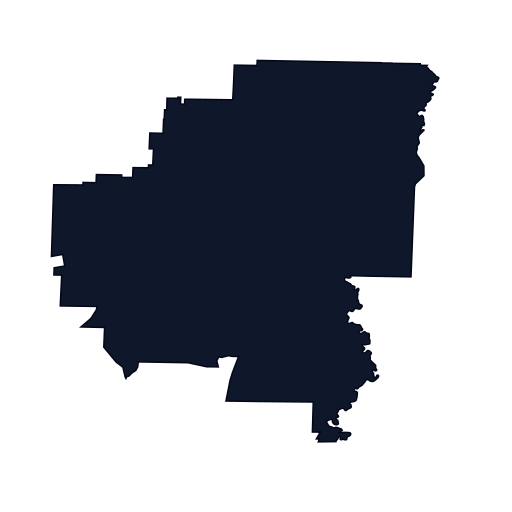 Leeton, New South Wales, Australia, rotated 263°
{"feature_id": "25037944B57687505469181", "entity_name": "Leeton", "entity_type": "district", "adm_level": 2, "iso_a3": "AUS", "parent_name": "Australia", "parent_adm1": "New South Wales", "projection": "equal_earth", "projection_center": [146.159, -34.53], "detail": "fine", "context": "isolated", "style": "filled", "palette": "ink", "viewbox_px": 512, "rotation_deg": 263, "n_neighbors": 0, "source": "geoboundaries", "source_scale": "gbopen_adm2", "svg_char_len": 6033}
<svg xmlns="http://www.w3.org/2000/svg" viewBox="0 0 512 512"><g transform="rotate(263 256 256)"><path d="M67.1,293.6L66.7,296.3L63.9,295.2L63.9,295.4L62.0,312.8L62.8,313.0L64.6,315.0L66.3,315.8L66.5,316.6L66.3,317.0L65.7,317.5L65.3,317.6L64.0,317.2L63.4,317.6L63.2,318.2L63.5,320.2L62.9,321.3L62.6,322.5L62.6,323.1L62.9,323.6L63.3,323.9L64.4,324.0L65.1,324.3L65.5,325.1L65.9,326.8L66.8,327.9L67.8,328.4L68.4,328.3L68.8,328.0L69.1,327.7L69.4,327.0L70.1,322.9L70.3,320.3L70.0,318.4L70.2,317.4L70.6,317.0L71.1,317.2L71.5,318.1L72.0,319.8L72.3,320.2L72.7,320.3L73.6,319.8L74.0,319.4L76.0,315.3L76.2,314.6L75.9,312.8L76.0,311.8L77.1,310.3L78.0,308.0L79.1,307.2L80.5,306.7L81.8,306.0L82.7,305.9L83.3,306.3L83.9,306.9L84.5,309.1L84.7,310.3L84.4,311.3L83.9,311.7L81.9,311.7L81.2,311.9L79.5,313.1L79.1,313.8L78.7,315.2L78.7,315.9L78.9,316.8L79.4,317.2L80.1,317.4L82.8,317.1L83.2,316.9L84.0,315.7L85.0,315.5L85.3,315.6L85.5,316.0L86.1,317.6L86.4,318.2L86.8,318.4L87.2,318.3L89.0,317.3L89.9,317.1L90.7,317.5L91.5,318.5L93.2,319.3L93.6,320.0L94.3,322.9L94.3,323.6L94.1,324.1L93.8,324.5L91.9,325.6L91.7,326.2L91.7,326.9L92.8,328.4L93.7,331.3L94.2,332.0L95.1,332.2L96.6,332.1L97.3,331.8L98.1,330.9L98.8,331.2L99.2,331.5L99.4,332.4L99.6,335.2L99.8,336.5L100.1,337.2L100.8,337.9L103.8,339.1L107.5,339.9L108.5,339.8L109.0,339.4L109.4,338.8L109.8,337.5L110.2,337.0L111.1,336.9L112.2,337.6L112.4,338.1L112.4,338.7L111.8,340.2L111.9,340.8L113.1,341.9L113.8,342.9L114.3,344.7L114.8,345.5L116.8,347.7L118.3,349.2L119.2,349.9L119.7,350.6L119.8,351.4L119.5,352.4L118.4,353.5L117.8,354.3L117.3,355.9L117.3,357.1L117.8,358.5L120.1,361.9L121.5,363.0L122.1,363.1L122.7,362.8L123.0,362.3L123.0,361.8L122.6,361.3L121.1,360.4L120.8,359.9L120.9,359.2L121.4,358.8L122.2,358.4L125.4,358.3L126.0,357.8L126.7,357.5L128.0,357.5L128.3,357.7L128.4,358.3L128.2,359.1L127.4,360.3L127.5,361.3L127.9,361.8L128.5,361.9L129.3,361.4L130.5,361.1L131.7,361.2L132.4,361.5L133.2,361.3L135.6,359.2L138.7,356.8L139.5,356.7L141.2,357.1L142.8,356.9L143.3,357.1L145.0,358.5L145.9,358.6L146.4,358.3L147.7,357.3L148.2,356.6L148.6,355.7L148.4,354.9L147.3,353.5L146.3,352.8L146.1,352.5L146.3,351.9L146.9,351.3L147.6,350.2L148.0,350.0L149.1,350.3L149.4,351.4L150.0,352.2L150.3,352.4L150.9,352.6L151.6,352.4L153.6,350.8L154.4,350.6L154.8,350.8L155.0,351.3L154.6,353.3L154.9,357.5L155.0,358.1L155.5,358.4L158.7,358.8L159.4,358.6L160.0,358.2L163.7,358.9L164.7,358.9L165.5,358.3L165.9,356.6L166.3,356.0L167.2,355.2L167.6,354.5L167.6,353.7L166.5,351.8L166.3,351.2L166.5,350.0L166.7,349.4L167.7,348.9L168.4,349.0L168.7,349.3L169.2,349.9L169.0,351.2L169.0,351.7L169.5,352.5L170.2,352.9L170.5,352.9L172.2,351.9L173.9,351.4L174.6,351.0L174.9,350.7L175.2,350.0L175.5,347.9L176.3,345.7L177.0,344.7L178.2,343.7L178.3,343.2L177.6,340.3L178.0,339.1L179.0,338.8L180.3,339.1L181.3,339.6L182.9,340.6L183.7,340.8L184.7,340.3L186.2,339.0L187.4,338.9L188.4,339.3L189.5,340.5L190.3,341.5L190.4,342.0L190.3,342.6L189.4,343.9L189.2,344.8L189.3,345.3L189.9,346.2L191.3,347.2L191.7,348.0L191.7,349.0L190.7,351.9L190.7,352.7L191.0,353.4L192.2,354.6L193.2,355.3L193.5,355.3L194.2,355.1L195.1,353.8L195.1,353.2L195.6,352.8L196.7,352.3L199.3,352.1L200.6,351.6L201.6,351.5L204.2,352.0L205.5,352.5L207.9,352.5L208.4,352.8L208.7,353.4L209.2,353.7L210.3,354.0L211.0,353.9L211.3,353.7L211.4,353.2L211.1,352.5L210.2,350.9L210.1,350.4L210.2,349.9L210.4,349.7L211.2,349.7L212.8,350.3L213.6,350.2L214.2,349.4L214.8,347.7L215.6,347.0L216.5,346.6L217.1,346.1L218.0,344.5L219.3,343.0L219.9,341.9L220.4,341.3L220.9,340.9L222.6,341.0L223.3,341.5L223.6,342.1L223.5,343.4L223.0,344.4L222.8,345.4L223.0,347.0L223.3,347.5L223.6,347.5L225.0,347.0L222.1,366.5L216.4,407.3L305.5,421.8L308.2,423.1L315.2,432.5L325.0,433.6L334.2,429.6L336.0,428.3L337.6,427.9L339.7,427.7L341.3,428.6L343.2,429.3L344.9,429.0L348.4,431.9L353.8,431.3L356.0,432.6L360.4,438.1L360.8,437.8L360.9,437.4L360.7,435.7L360.3,434.9L360.5,434.5L360.9,434.4L362.1,434.8L362.9,435.8L363.6,436.3L364.0,436.2L364.3,435.7L364.6,435.6L365.0,435.9L365.2,436.8L365.2,437.6L365.0,438.6L365.9,439.0L366.5,439.4L366.9,439.2L369.7,438.8L370.8,439.1L373.9,439.0L374.0,438.8L374.4,438.5L374.9,438.4L375.3,437.9L375.4,437.1L374.5,435.8L374.4,435.2L375.0,434.6L377.5,433.1L378.1,433.2L378.7,433.6L380.5,436.2L380.6,437.6L380.0,439.1L379.9,439.7L379.4,440.5L379.5,441.4L380.1,441.6L380.5,441.5L381.4,440.8L381.9,440.6L383.0,440.8L383.4,441.1L384.4,442.7L384.7,443.1L385.1,443.3L386.5,443.4L387.2,443.6L387.5,444.1L388.0,445.6L389.0,447.3L390.4,448.6L390.9,448.8L392.9,448.6L393.4,449.0L394.0,450.9L394.6,451.6L395.0,451.6L395.3,451.3L396.0,449.9L396.6,449.2L397.6,449.1L398.0,449.4L398.4,450.2L399.3,452.3L401.1,454.7L401.8,454.7L402.3,454.4L403.2,452.6L403.7,452.0L404.3,451.8L404.8,451.9L406.8,453.6L407.0,454.2L406.9,456.3L407.1,456.9L407.5,457.5L408.8,458.1L409.9,459.1L410.2,459.1L410.9,459.0L411.3,458.6L412.3,456.6L414.3,455.5L416.0,454.0L417.7,452.8L419.3,450.7L420.9,450.1L422.5,448.6L422.8,448.5L423.6,448.5L424.3,449.2L425.3,442.3L426.8,442.5L430.7,414.4L430.9,414.4L432.3,404.1L432.5,404.1L432.8,402.4L450.0,281.0L445.0,280.2L448.1,257.7L426.8,254.2L413.9,251.9L420.3,204.7L420.1,204.3L415.4,203.6L416.0,199.6L422.7,200.7L423.2,197.9L422.1,197.7L423.5,186.9L412.0,185.2L412.3,183.1L402.8,181.5L402.9,180.9L389.1,178.7L391.0,165.6L375.4,163.0L374.8,167.3L358.9,164.6L359.5,160.4L356.7,159.9L358.7,144.7L349.0,143.1L350.4,132.2L352.8,132.6L356.3,107.5L348.3,106.2L350.1,93.3L347.6,92.9L351.4,63.9L280.5,52.9L281.1,64.3L269.4,64.9L268.9,54.2L261.8,53.1L260.7,60.8L230.3,55.6L225.3,92.0L223.3,91.5L221.5,90.6L214.5,84.8L213.4,83.4L206.9,73.6L203.5,97.0L184.1,93.8L167.8,104.2L161.9,110.3L151.7,111.4L150.3,112.0L151.8,112.8L152.3,115.1L155.1,118.8L157.0,122.7L160.4,125.1L164.0,125.9L165.2,126.6L158.3,175.7L152.1,193.4L150.5,205.1L156.7,204.3L160.4,206.8L159.5,209.6L160.4,216.6L159.3,219.9L158.3,226.4L142.7,218.2L135.5,215.0L115.7,208.5L111.4,239.9L104.1,295.0L74.4,290.5L73.6,297.0L73.4,296.9L73.3,298.3L67.1,293.6Z" fill="#0f172a" stroke="#020617" stroke-width="1.5"/></g></svg>